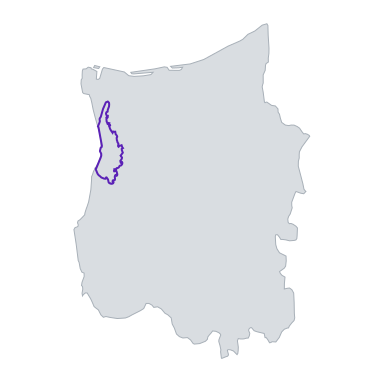 Comoe on a map of Ivory Coast (Equal Earth projection), rotated 179°
{"feature_id": "CIV-3460", "entity_name": "Comoe", "entity_type": "Department", "adm_level": 1, "iso_a3": "CIV", "parent_name": "Ivory Coast", "parent_adm1": "", "projection": "equal_earth", "projection_center": [-3.5, 6.565], "detail": "fine", "context": "in_parent", "style": "outline", "palette": "violet", "viewbox_px": 384, "rotation_deg": 179, "n_neighbors": 0, "source": "natural_earth", "source_scale": "10m", "svg_char_len": 6260}
<svg xmlns="http://www.w3.org/2000/svg" viewBox="0 0 384 384"><g transform="rotate(179 192 192)"><path d="M97.9,54.4L99.1,54.3L102.1,53.2L104.8,50.5L107.3,45.0L110.8,40.6L114.6,40.9L115.8,40.1L117.1,39.9L118.7,42.8L120.3,45.1L121.5,45.1L122.3,49.3L129.3,51.1L132.3,52.2L134.8,55.3L135.7,55.4L136.8,54.7L137.6,53.7L137.8,52.5L136.7,49.7L137.2,47.2L138.3,45.0L140.1,44.9L142.8,44.2L146.0,44.2L148.3,44.6L149.2,42.4L148.4,36.1L148.6,32.7L149.0,29.8L149.8,28.6L153.3,32.3L156.5,33.6L158.8,33.7L159.4,33.0L158.4,29.0L158.7,27.8L159.5,27.1L161.0,26.7L165.1,25.1L165.5,25.4L166.2,31.7L165.9,33.7L166.7,38.0L167.8,42.0L167.7,43.6L166.8,46.0L165.8,48.3L165.9,49.2L167.5,50.8L170.6,52.3L173.8,52.7L175.6,50.4L177.4,48.5L178.7,46.8L179.2,44.4L181.2,42.5L187.0,40.3L192.4,39.9L193.6,40.6L196.0,44.1L199.1,46.5L203.7,46.2L207.1,47.6L210.0,50.3L212.0,56.2L214.1,60.4L215.0,66.5L218.4,69.7L221.1,71.2L224.7,75.6L228.4,77.8L232.2,77.3L234.0,79.6L236.9,81.3L239.8,81.4L242.3,76.3L245.6,74.3L254.1,70.2L257.4,68.4L260.8,67.2L268.9,66.8L276.5,68.1L280.2,69.0L282.8,68.3L285.2,70.7L287.7,75.8L289.8,77.4L291.9,79.2L293.5,83.2L295.3,87.2L296.3,88.9L298.6,92.9L300.5,92.9L302.5,91.2L303.3,90.0L303.7,92.6L302.9,96.8L303.1,99.4L304.1,100.4L303.5,103.7L301.3,109.4L301.3,112.8L303.5,113.8L305.1,117.4L306.1,123.5L307.0,125.6L307.1,126.8L308.7,141.7L310.7,156.5L309.5,158.5L307.7,159.0L306.6,159.7L306.3,161.1L307.0,163.2L306.5,165.0L304.4,166.3L299.7,171.0L299.4,172.9L298.1,176.9L297.1,179.4L295.5,184.0L293.1,196.0L292.2,206.0L292.1,209.1L291.1,211.3L290.1,214.4L285.0,223.0L282.4,230.0L282.7,233.0L282.8,236.1L282.0,238.3L282.2,244.2L282.8,249.2L283.7,254.0L287.4,267.8L289.4,276.2L290.6,282.9L291.6,287.5L292.6,289.3L293.0,291.1L298.5,292.3L299.6,293.3L301.1,302.1L300.8,306.1L299.8,307.6L299.8,311.0L299.5,315.1L298.8,316.8L295.7,317.0L293.6,318.6L290.8,318.0L290.6,316.9L289.1,316.5L285.0,314.2L285.7,306.5L283.8,306.2L282.3,307.2L279.4,316.4L278.0,318.0L257.6,313.2L253.2,309.4L247.9,308.6L238.6,309.0L231.0,310.1L228.8,312.4L248.1,311.1L250.2,311.3L251.1,312.7L226.8,315.8L217.5,317.6L214.7,317.1L212.7,314.1L202.6,313.8L200.5,314.7L199.2,316.9L203.2,316.4L209.5,316.3L211.2,318.0L191.5,320.1L177.9,324.3L172.2,327.3L153.2,337.3L141.6,342.1L138.5,343.8L133.3,348.7L126.5,351.8L118.9,357.6L114.2,358.9L113.2,357.1L113.1,347.3L112.5,334.2L112.7,329.2L113.4,324.5L113.4,320.6L115.7,319.1L116.3,317.5L116.7,312.4L118.8,307.8L118.9,299.7L119.5,298.0L120.0,295.9L119.1,290.6L118.0,280.6L117.4,280.0L116.8,280.4L115.6,280.6L110.9,277.2L107.2,276.6L104.6,273.6L104.5,270.3L103.2,268.3L102.4,264.4L101.1,260.0L97.5,257.3L94.1,256.7L91.7,257.2L88.8,257.1L85.6,255.6L83.3,253.9L81.2,250.6L79.3,248.1L77.7,248.4L75.8,247.8L73.9,246.6L73.3,245.7L81.2,235.3L83.9,230.3L84.2,227.2L84.2,224.1L85.1,220.9L85.3,216.0L81.0,198.3L80.0,192.8L78.8,191.2L78.1,190.6L80.3,188.3L83.3,188.9L88.0,190.7L89.0,188.9L92.5,180.0L92.5,176.7L92.1,174.4L94.2,168.3L95.8,165.9L96.7,163.3L96.4,159.9L95.2,158.6L93.6,158.8L91.6,158.0L88.7,156.0L87.2,154.2L87.7,146.1L88.0,143.6L89.0,142.2L90.7,141.8L95.3,141.5L99.0,142.5L102.3,143.0L104.0,143.0L105.4,145.4L107.3,147.8L109.0,147.8L109.5,146.0L109.2,138.0L108.1,133.8L105.6,129.7L99.1,126.3L99.0,121.4L99.7,116.2L101.1,114.2L105.9,110.9L105.1,109.1L103.6,107.2L100.5,105.3L101.2,99.0L101.4,93.4L98.8,94.0L96.2,94.3L93.9,92.6L92.1,89.2L91.8,79.9L91.8,69.0L91.5,64.3L92.2,61.7L94.5,59.4L97.0,56.3L97.9,54.4ZM288.2,318.1L287.1,320.2L282.0,318.8L283.2,317.1L288.2,318.1Z" fill="#d9dde1" stroke="#a8b0b8" stroke-width="1"/><path d="M287.8,217.0L287.7,217.0L287.3,217.4L282.8,227.8L282.1,229.8L282.1,231.7L282.2,232.2L282.7,233.0L283.3,234.4L283.3,234.8L282.6,237.6L282.4,238.0L281.6,238.5L281.4,239.1L281.3,239.9L284.4,258.5L284.9,259.2L283.3,263.0L282.9,264.3L282.9,264.6L283.1,265.7L283.1,266.3L283.0,266.8L283.0,267.1L282.8,267.4L282.6,267.7L282.2,268.2L281.8,269.0L279.5,276.6L276.7,282.8L276.5,283.0L276.4,283.2L276.2,283.3L274.6,283.9L274.1,283.4L273.7,283.0L273.4,282.5L273.3,281.2L273.3,280.8L273.4,279.8L273.5,278.9L274.8,275.6L274.9,275.0L274.9,274.3L275.0,273.8L275.4,273.6L275.8,273.5L276.1,273.3L276.6,272.2L276.5,271.2L276.1,270.3L275.5,269.8L275.5,269.6L275.7,269.0L275.8,268.8L275.1,269.0L274.9,269.1L275.0,268.1L275.5,267.5L276.0,267.1L276.3,266.4L276.1,263.8L275.8,263.4L275.2,261.5L274.7,261.2L274.2,261.5L274.0,262.4L273.6,262.3L273.7,262.1L273.5,261.5L273.2,261.0L273.0,260.8L272.8,260.4L272.7,260.0L272.9,259.8L273.7,259.7L273.8,259.4L273.5,258.9L272.9,256.8L272.0,255.0L270.4,252.6L269.9,253.8L269.3,253.8L268.6,253.5L267.7,253.6L267.3,251.1L267.1,250.9L266.3,249.9L266.1,249.5L266.1,249.4L266.0,249.2L265.9,248.9L265.8,248.5L265.9,248.3L266.1,248.0L266.3,247.7L266.4,247.4L266.2,245.0L266.0,244.5L265.8,244.1L265.7,243.3L265.6,242.9L265.4,242.6L265.0,242.1L264.8,241.8L264.8,241.1L265.1,239.6L265.0,238.9L264.6,238.5L264.3,238.8L263.7,239.6L262.7,239.6L262.1,239.8L261.6,240.0L261.4,239.4L261.3,239.1L261.1,238.4L260.8,237.7L260.3,237.1L261.5,236.4L261.5,235.3L260.5,232.5L262.2,230.3L262.3,229.9L262.7,229.6L262.3,228.8L261.7,228.1L261.4,227.8L261.5,226.9L261.9,226.0L262.4,225.2L262.8,224.9L263.1,224.5L263.0,223.5L262.7,222.5L262.1,222.0L261.9,223.2L261.5,223.2L261.1,222.3L261.4,221.0L262.3,219.9L263.7,219.5L264.2,219.0L264.5,218.3L264.9,217.8L265.6,217.4L266.8,217.2L267.3,216.7L267.4,215.6L268.8,216.2L269.3,216.1L269.1,215.2L269.3,215.1L269.5,214.9L269.6,214.7L269.6,214.3L269.4,214.0L269.1,214.1L268.8,214.3L268.8,214.5L267.7,214.2L267.3,214.0L266.9,213.4L266.8,212.9L266.4,211.2L266.4,210.5L266.7,209.8L267.2,209.5L267.6,209.7L267.7,210.5L268.2,210.3L268.4,210.1L268.6,209.8L268.8,209.1L269.0,208.4L268.9,207.9L268.8,207.3L268.8,205.8L268.9,205.5L269.9,205.2L270.7,205.1L271.0,204.9L271.2,204.1L271.0,203.9L271.0,203.7L270.7,203.9L270.4,204.1L270.3,202.9L270.7,202.1L271.9,201.6L272.1,201.6L272.3,201.6L272.9,201.9L273.1,201.8L273.5,202.1L273.8,202.0L274.0,202.1L274.3,202.3L274.8,202.6L275.0,202.9L275.2,203.2L275.7,205.8L275.8,206.0L275.9,206.3L276.1,206.5L276.5,207.0L277.1,208.0L277.3,208.1L277.5,208.1L277.7,207.9L277.9,207.5L278.2,206.8L278.7,206.8L279.6,206.9L282.4,208.1L282.8,208.5L283.7,209.4L285.0,210.4L285.6,211.2L286.1,211.9L287.7,216.0L287.8,217.0L287.8,217.0Z" fill="none" stroke="#5b21b6" stroke-width="2"/></g></svg>